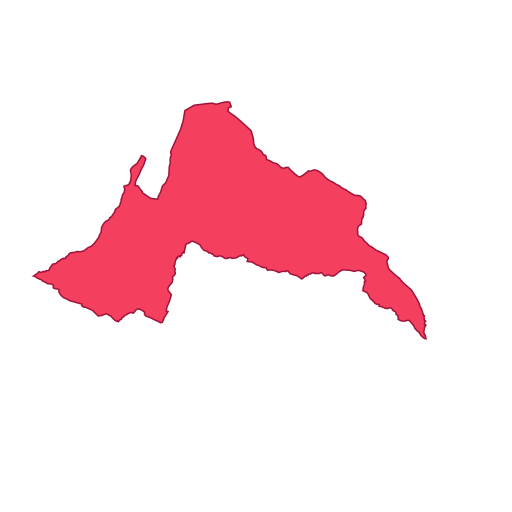 the district of Capital, Salta, Argentina, rotated 297°
{"feature_id": "61730980B15488687390300", "entity_name": "Capital", "entity_type": "district", "adm_level": 2, "iso_a3": "ARG", "parent_name": "Argentina", "parent_adm1": "Salta", "projection": "equal_earth", "projection_center": [-65.343, -24.972], "detail": "fine", "context": "isolated", "style": "filled", "palette": "rose", "viewbox_px": 512, "rotation_deg": 297, "n_neighbors": 0, "source": "geoboundaries", "source_scale": "gbopen_adm2", "svg_char_len": 6120}
<svg xmlns="http://www.w3.org/2000/svg" viewBox="0 0 512 512"><g transform="rotate(297 256 256)"><path d="M279.2,433.3L279.1,432.3L284.3,427.1L285.4,425.1L287.8,423.0L290.5,419.3L295.8,410.8L296.7,408.4L298.7,400.1L300.5,395.4L301.3,394.0L301.7,391.3L302.5,387.8L304.5,380.9L305.2,379.7L310.0,375.4L311.0,374.9L313.5,375.0L314.6,374.8L315.1,373.9L316.0,371.5L315.9,362.1L315.7,360.4L316.5,356.0L316.6,352.3L317.8,348.8L318.3,346.5L320.4,342.0L320.4,338.9L320.9,337.4L322.1,336.3L323.5,335.9L325.6,334.4L326.9,334.0L328.1,333.8L329.8,334.0L332.2,335.5L336.5,333.7L337.8,333.5L338.7,333.9L341.6,333.2L344.5,331.8L347.0,331.8L348.5,332.4L350.2,331.1L352.9,330.4L353.7,329.1L354.7,328.7L355.3,327.6L355.6,325.7L356.6,322.9L356.8,321.2L356.0,318.8L355.0,316.6L354.9,315.0L355.3,308.9L355.8,306.2L355.6,303.5L356.0,299.9L356.4,298.5L356.3,294.5L356.7,292.0L356.7,289.3L356.4,288.2L357.3,282.6L359.2,278.1L359.7,276.0L360.0,272.0L359.7,270.1L358.7,268.2L355.9,265.6L355.9,264.2L349.1,261.1L346.4,259.2L346.0,257.2L347.0,252.5L348.4,247.6L349.6,244.5L348.4,242.2L347.3,241.7L346.5,240.0L346.2,238.3L347.2,235.1L347.7,232.8L346.9,228.7L347.2,224.8L346.8,223.0L347.2,221.2L349.6,219.5L349.9,218.2L349.6,216.6L351.3,214.1L351.9,212.6L352.1,209.1L351.8,207.7L353.3,205.0L354.1,203.9L355.0,203.1L359.7,200.1L365.4,194.8L369.4,180.2L370.9,173.8L371.8,167.3L372.6,165.0L375.7,164.3L377.8,166.2L381.1,162.7L380.2,160.1L378.6,157.8L373.3,151.8L372.7,150.2L372.6,148.3L370.9,145.2L362.4,132.6L353.4,126.6L343.1,129.8L334.5,131.3L311.4,132.5L308.9,133.2L308.4,134.3L307.2,134.8L304.9,135.0L302.4,135.9L300.8,137.1L295.9,138.3L288.6,141.6L287.1,141.9L284.1,141.9L281.6,142.3L279.9,142.2L276.5,141.0L274.6,141.0L269.9,142.0L264.8,141.9L261.9,142.5L259.5,135.7L260.8,126.1L261.8,125.3L263.4,121.5L264.7,119.5L264.7,117.9L264.1,117.1L264.0,116.2L267.0,115.1L270.1,114.7L276.3,114.9L279.6,114.5L287.4,114.5L290.3,113.9L291.2,114.0L292.7,113.5L293.2,112.6L293.6,110.5L293.6,108.9L293.3,108.3L292.1,108.6L290.4,108.3L289.2,108.6L287.9,108.1L285.0,108.2L279.0,105.4L276.7,105.1L275.7,105.1L274.6,105.6L273.1,107.1L270.1,108.7L266.7,109.9L263.2,110.3L261.8,110.0L260.9,109.5L259.1,107.3L257.8,106.8L256.4,108.3L255.1,109.2L254.1,109.1L253.1,109.8L251.7,109.4L249.7,109.3L246.6,110.1L245.5,110.0L243.5,111.0L241.9,111.0L240.4,111.5L237.6,111.4L233.8,109.6L230.6,110.0L225.3,109.3L223.8,108.3L222.3,108.6L221.3,108.2L218.4,106.3L216.1,105.6L211.5,105.4L206.9,107.1L202.5,107.1L201.4,107.5L193.8,106.2L189.5,104.6L187.5,102.7L182.0,100.0L181.3,98.8L180.8,98.6L180.0,97.5L178.7,94.4L176.7,92.6L175.6,90.5L174.3,89.0L173.2,88.5L171.0,88.3L169.3,87.2L168.4,87.1L167.5,87.4L166.1,85.0L163.9,83.5L162.5,83.3L161.4,81.9L158.8,81.5L156.5,78.6L154.2,78.1L153.5,78.4L152.0,77.7L150.2,78.2L149.4,77.6L148.9,77.7L147.4,75.5L146.4,75.5L145.7,73.3L144.5,73.0L144.3,72.2L143.6,71.6L143.5,69.7L141.8,69.4L137.2,66.9L137.5,67.7L137.1,70.4L137.1,73.7L137.4,74.6L137.2,76.5L136.7,77.3L137.0,79.5L136.7,83.0L138.1,86.3L138.1,88.5L137.4,89.1L135.9,89.6L135.5,90.3L135.9,92.8L136.7,94.6L136.0,96.4L134.5,96.6L133.6,97.9L132.3,100.4L131.5,103.8L131.8,106.9L131.6,110.4L134.1,122.7L133.3,122.9L132.6,123.4L132.3,124.8L132.3,126.2L133.0,127.4L133.3,135.0L130.9,142.7L132.8,145.3L136.4,148.6L136.7,151.0L136.4,152.0L136.7,153.9L135.8,155.7L134.6,159.7L134.6,161.6L135.2,162.3L134.9,163.2L137.4,163.8L138.3,164.7L140.8,164.9L141.1,165.3L143.9,166.4L144.9,167.3L146.2,167.9L147.1,168.8L148.3,169.4L149.1,170.8L149.2,172.4L149.8,172.9L153.7,173.6L154.7,174.2L155.8,176.3L155.9,177.3L155.5,182.3L153.9,182.7L152.5,184.7L153.2,191.1L153.0,193.5L153.2,197.1L153.4,197.3L153.1,201.1L154.4,202.7L157.5,202.5L157.5,202.1L166.5,202.9L166.2,201.1L170.1,199.8L176.6,199.4L183.1,198.2L185.4,193.2L187.5,192.1L189.1,192.1L193.7,193.1L195.2,193.2L198.0,192.2L198.8,191.4L199.9,191.1L201.3,191.9L203.4,192.2L204.3,191.8L205.6,190.5L207.7,190.0L209.9,187.1L211.2,187.7L213.8,186.7L216.7,186.3L218.4,187.0L218.3,186.3L218.5,186.0L219.2,186.5L220.4,186.8L220.9,187.7L220.8,188.8L221.2,188.8L221.6,188.2L222.6,189.5L224.1,188.9L225.4,189.2L226.2,190.6L226.5,190.5L226.5,189.7L226.8,189.5L227.8,190.0L235.1,188.2L236.2,189.7L240.0,192.1L240.4,192.9L240.6,196.7L240.6,200.7L238.6,204.0L237.9,206.1L237.3,207.2L237.9,208.8L237.9,211.2L237.2,212.3L238.1,213.9L237.7,215.5L238.2,216.2L237.0,218.8L237.5,220.1L237.8,221.8L239.5,223.4L240.0,224.3L239.9,225.8L240.4,226.5L239.8,228.3L239.9,230.1L241.6,232.4L242.5,232.9L243.1,233.9L242.9,235.0L243.4,236.3L245.7,239.6L248.0,240.8L249.3,242.1L249.4,243.0L251.5,244.3L250.7,245.3L250.1,246.9L250.0,249.7L249.5,250.2L247.1,250.6L248.8,255.3L248.4,260.7L248.8,262.5L248.7,266.6L250.1,270.7L248.9,271.8L248.6,272.7L250.2,275.3L251.1,277.6L251.4,279.0L251.7,283.9L254.0,286.2L254.7,287.2L255.8,289.8L256.8,290.2L257.2,291.3L255.7,294.4L256.3,298.2L257.1,301.5L256.3,307.3L260.6,309.1L261.0,310.1L262.2,310.2L263.0,311.2L264.0,311.3L264.8,312.8L265.9,313.4L267.3,314.9L267.1,316.5L267.6,317.5L268.3,318.1L268.6,319.6L269.5,320.7L270.8,321.4L270.6,323.2L269.6,325.4L269.5,326.5L272.1,329.0L272.4,332.0L273.3,334.2L276.1,335.8L278.5,336.6L282.7,339.2L284.0,341.6L286.0,346.6L286.9,350.6L289.4,353.3L290.0,355.0L290.6,359.4L289.5,362.3L288.5,362.9L286.8,362.0L285.6,361.7L284.7,363.4L283.5,365.0L282.8,364.2L281.5,364.5L280.8,365.3L276.9,365.8L273.6,367.0L273.8,371.4L273.0,373.1L270.4,376.4L269.4,378.6L269.6,379.7L268.9,380.6L268.7,382.0L267.9,383.2L267.8,384.3L267.9,385.5L268.7,387.4L268.5,388.0L267.1,388.4L268.0,391.9L268.0,394.7L268.5,396.4L270.8,399.0L271.0,400.1L270.7,401.3L269.9,402.0L269.5,403.4L269.7,404.8L269.3,405.9L268.6,406.8L267.5,407.4L267.5,408.6L267.2,409.8L266.5,409.9L265.1,411.2L264.1,411.3L264.0,414.0L264.3,415.4L265.6,418.2L267.5,420.2L268.1,421.5L267.7,423.1L265.6,427.9L265.2,428.7L263.8,430.1L262.4,433.7L262.1,435.5L261.8,436.3L260.1,439.0L259.2,441.8L259.1,444.0L259.4,445.1L262.0,443.0L263.2,441.2L264.4,440.0L269.0,438.6L271.5,438.8L271.7,437.9L271.3,437.5L271.6,437.0L273.9,436.5L275.0,436.7L275.1,436.2L274.9,435.9L275.5,434.8L276.8,434.4L277.6,433.5L279.2,433.3Z" fill="#f43f5e" stroke="#9f1239" stroke-width="1.5"/></g></svg>